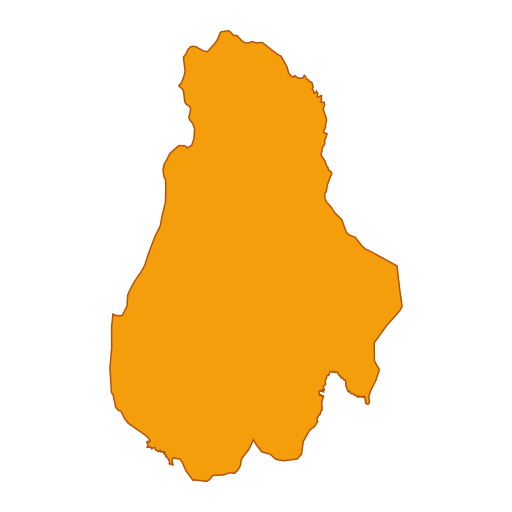 Masisi, Nord-Kivu, Democratic Republic of the Congo
{"feature_id": "63176286B62559292775761", "entity_name": "Masisi", "entity_type": "district", "adm_level": 2, "iso_a3": "COD", "parent_name": "Democratic Republic of the Congo", "parent_adm1": "Nord-Kivu", "projection": "equal_earth", "projection_center": [28.926, -1.376], "detail": "fine", "context": "isolated", "style": "filled", "palette": "amber", "viewbox_px": 512, "rotation_deg": 0, "n_neighbors": 0, "source": "geoboundaries", "source_scale": "gbopen_adm2", "svg_char_len": 5969}
<svg xmlns="http://www.w3.org/2000/svg" viewBox="0 0 512 512"><path d="M373.0,386.1L376.1,380.0L376.9,377.1L379.1,370.8L379.0,368.6L377.3,366.1L374.4,360.7L374.2,342.8L387.0,325.1L399.8,310.8L402.1,306.3L399.8,290.3L397.0,265.9L368.1,250.1L366.2,249.7L362.3,246.3L355.0,237.2L349.4,235.0L346.5,232.6L341.7,219.5L334.8,212.8L331.5,207.6L326.7,202.2L324.9,198.6L324.7,193.7L326.1,192.1L327.6,184.1L331.8,173.3L331.2,172.0L328.3,169.6L328.0,167.7L326.5,165.7L324.8,160.7L321.6,156.0L321.1,153.4L322.2,150.9L322.1,148.1L324.9,143.7L324.5,141.4L327.1,133.8L324.2,132.6L323.6,131.2L325.6,127.5L325.4,124.3L326.5,121.1L326.5,118.7L323.2,109.3L324.7,104.2L324.0,102.1L321.6,102.4L320.6,101.7L321.5,100.1L321.4,95.5L318.0,97.2L317.1,96.1L317.9,94.0L316.6,91.2L315.2,92.9L313.7,92.9L313.8,91.5L312.2,88.7L313.2,87.0L311.8,82.3L309.6,81.7L308.4,79.9L306.2,78.7L305.4,76.2L304.3,75.4L303.0,77.9L301.1,78.3L297.7,77.8L294.8,75.6L293.8,77.1L291.4,76.3L288.7,73.0L286.8,66.4L281.0,56.1L277.1,54.1L262.1,42.4L256.4,42.9L252.0,41.5L248.8,42.8L245.3,43.0L241.8,40.7L237.0,35.6L233.4,35.3L230.0,31.6L228.1,30.7L221.2,31.8L220.1,32.9L218.1,38.4L215.1,43.1L207.6,51.6L203.6,51.0L195.4,46.5L192.7,46.3L190.7,46.8L187.9,49.4L185.8,54.3L183.4,57.2L185.1,71.4L184.0,76.2L181.2,83.2L178.8,85.4L180.2,87.3L182.2,88.6L183.6,91.9L184.8,102.1L186.0,104.0L189.7,106.5L190.4,107.8L190.5,109.8L188.8,117.7L189.8,120.0L192.8,123.7L194.6,128.6L194.0,138.4L191.7,145.4L187.5,147.9L184.7,145.7L178.9,145.6L175.4,148.5L169.6,153.8L167.1,159.2L164.1,164.3L163.0,170.0L163.9,176.6L165.6,179.8L165.8,191.2L165.4,202.7L162.0,216.0L160.4,225.5L155.1,236.2L151.9,244.4L147.5,256.5L144.8,265.3L140.6,272.6L134.9,280.8L130.5,288.7L127.7,295.0L127.1,305.2L126.4,307.4L122.1,315.7L115.9,315.5L112.9,314.1L111.6,327.3L111.7,347.6L109.9,367.5L111.4,392.4L113.1,395.0L115.7,407.2L117.8,409.9L121.2,411.6L124.8,419.0L128.5,423.5L144.7,434.7L148.0,437.6L150.3,440.9L149.6,441.9L149.3,442.0L148.4,441.9L148.3,441.3L148.0,441.2L147.7,441.3L146.7,442.2L146.9,442.7L148.0,444.1L147.9,446.2L147.8,446.4L147.2,446.5L147.1,447.3L148.2,447.3L148.4,447.1L148.6,447.1L149.2,447.3L150.4,446.8L150.8,447.1L150.9,447.7L151.3,448.0L151.3,448.4L151.8,448.9L152.7,447.9L153.4,447.8L154.2,448.0L155.0,447.6L155.3,447.6L155.2,448.4L155.6,449.5L156.1,450.3L156.5,450.1L157.5,450.9L158.0,451.6L158.6,451.1L159.0,451.1L159.5,450.4L160.0,450.3L160.5,450.5L160.5,450.8L160.3,451.7L160.4,451.8L161.0,451.5L161.6,451.9L162.4,452.0L163.0,451.6L163.5,452.4L163.8,452.4L164.1,451.9L164.8,451.9L164.9,452.5L164.7,452.9L164.1,453.4L164.0,453.6L164.1,453.9L165.9,455.2L165.9,455.5L166.2,455.5L165.9,456.8L166.1,456.8L166.4,456.5L166.8,456.8L167.5,458.1L167.9,458.3L168.1,459.1L168.6,459.3L168.8,459.5L168.9,460.3L169.4,460.5L169.5,461.2L169.2,463.4L169.6,464.1L170.2,464.3L171.1,463.7L171.3,463.8L171.9,464.7L172.7,464.6L172.9,465.0L173.1,465.0L172.3,462.1L172.1,459.7L173.0,457.9L180.0,459.1L182.4,462.8L186.1,471.0L193.0,480.3L194.9,480.0L206.7,481.3L209.1,480.0L212.9,475.5L223.6,474.9L229.7,472.7L234.4,473.3L238.0,470.0L240.5,465.3L241.0,460.6L242.3,457.9L249.1,449.0L253.4,439.7L256.3,444.7L261.7,451.8L270.1,454.2L275.8,459.3L283.4,460.8L297.3,459.0L301.5,454.2L303.3,441.3L309.6,430.2L314.8,426.3L317.1,422.0L317.2,422.5L317.3,422.5L317.5,422.2L317.7,421.2L317.3,420.6L316.9,419.1L317.1,418.7L317.3,417.7L318.1,417.0L318.2,416.7L318.3,416.1L318.7,415.3L318.9,415.1L319.4,415.1L319.6,414.8L319.6,414.5L319.8,414.2L320.1,414.1L320.3,413.8L320.6,411.5L320.8,411.1L321.5,410.8L322.1,409.6L322.1,409.2L321.9,407.9L322.0,406.2L321.9,405.9L321.8,404.5L321.6,403.7L321.8,403.3L321.8,402.0L322.0,401.7L322.0,400.7L322.3,400.4L322.6,399.6L322.7,397.6L323.0,397.2L323.4,397.1L323.5,396.7L323.5,396.1L323.4,396.0L322.3,395.7L321.9,396.0L321.4,395.1L320.9,394.8L320.3,395.3L320.0,395.7L319.8,395.7L319.5,395.5L319.3,395.0L319.3,394.7L319.5,394.5L319.3,394.1L319.4,393.3L318.8,391.7L319.4,391.0L319.5,391.0L319.7,390.8L320.2,391.0L320.1,390.5L320.6,390.2L320.8,390.3L320.9,390.5L321.5,391.2L322.4,391.0L323.2,391.9L323.6,391.9L323.5,391.2L322.7,390.4L322.7,389.8L323.1,389.1L323.6,389.9L324.2,390.1L324.3,390.0L324.1,389.1L323.7,388.7L323.5,388.2L323.5,386.9L323.8,386.0L324.5,385.3L324.9,385.1L325.5,384.7L325.6,384.0L325.5,383.5L325.3,383.1L325.1,381.6L325.4,380.9L325.4,380.2L325.7,379.7L325.8,379.3L326.4,378.6L326.5,378.1L326.7,377.2L326.6,376.5L326.7,376.1L326.9,375.6L327.5,375.6L327.7,375.4L328.1,375.3L328.4,375.5L329.1,374.8L329.2,373.7L329.6,373.1L329.6,372.9L329.9,372.6L329.8,372.1L330.3,371.4L330.7,371.3L330.9,371.4L331.4,371.4L331.9,372.2L332.6,372.3L332.9,372.0L333.7,371.5L334.6,372.2L335.2,372.4L335.4,372.2L335.7,372.5L336.6,372.5L336.9,372.2L337.2,372.3L337.3,372.1L337.6,372.1L337.7,372.6L337.9,373.0L338.1,373.8L338.3,373.9L338.5,374.5L339.0,374.9L339.4,375.7L339.6,375.9L340.6,376.2L340.7,376.5L340.6,377.1L340.7,377.4L341.2,378.0L341.6,378.1L342.0,377.8L342.3,377.9L342.5,377.8L342.9,378.2L343.1,378.3L343.2,379.2L343.4,379.6L343.8,379.9L344.3,379.8L344.6,380.1L345.2,380.1L345.5,380.6L345.8,381.9L346.0,382.1L345.9,382.4L345.9,382.8L345.8,383.0L345.7,383.4L346.0,384.3L346.0,384.8L345.8,385.2L345.9,385.9L346.1,386.4L346.3,386.6L346.6,388.0L347.1,388.4L347.2,389.1L347.6,389.9L347.6,390.6L348.2,391.6L348.9,391.8L349.9,391.4L350.4,393.0L350.9,393.5L351.6,393.7L352.6,393.6L353.5,394.2L353.7,394.7L354.1,394.4L355.3,395.6L355.5,395.6L355.8,395.6L356.3,395.5L357.4,397.1L358.6,396.9L358.7,396.0L359.1,396.0L359.1,396.4L360.0,396.9L361.2,396.9L361.8,396.6L362.2,397.2L362.8,397.0L363.7,396.2L364.2,396.2L364.3,396.4L364.3,396.8L364.2,397.0L364.2,397.4L364.8,397.2L365.0,397.4L364.8,398.0L365.1,398.6L365.2,399.0L365.4,399.4L365.1,400.1L365.5,400.5L365.6,401.3L365.8,402.2L365.5,402.6L365.7,403.2L366.4,403.3L366.5,403.8L366.8,403.8L366.9,404.0L368.0,404.2L368.5,404.0L369.1,403.0L369.1,402.3L369.4,401.9L369.5,401.9L368.7,397.4L369.3,394.7L370.2,392.0L371.4,389.1L373.0,386.1Z" fill="#f59e0b" stroke="#b45309" stroke-width="1.5"/></svg>